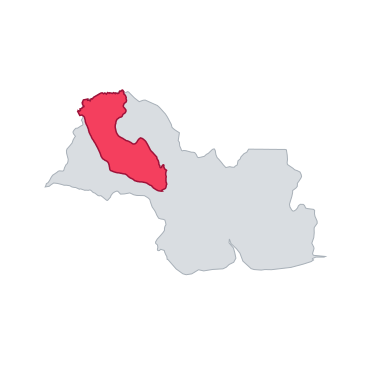 IX-2 Rewa(Illiwa)/U.E, Upper Takutu-Upper Essequibo, Guyana (highlighted), rotated 132°
{"feature_id": "73187651B68809145182680", "entity_name": "IX-2 Rewa(Illiwa)/U.E", "entity_type": "district", "adm_level": 2, "iso_a3": "GUY", "parent_name": "Guyana", "parent_adm1": "Upper Takutu-Upper Essequibo", "projection": "orthographic", "projection_center": [-58.667, 2.726], "detail": "fine", "context": "in_parent", "style": "filled", "palette": "rose", "viewbox_px": 384, "rotation_deg": 132, "n_neighbors": 0, "source": "geoboundaries", "source_scale": "gbopen_adm2", "svg_char_len": 9606}
<svg xmlns="http://www.w3.org/2000/svg" viewBox="0 0 384 384"><g transform="rotate(132 192 192)"><path d="M122.3,178.6L114.2,169.5L106.1,160.3L98.1,151.3L97.5,150.1L100.9,145.9L103.9,142.8L106.5,141.0L107.7,139.5L106.8,132.9L106.8,130.6L105.7,128.0L104.9,125.1L105.9,122.7L107.1,121.0L108.7,120.4L112.4,119.8L115.1,119.5L116.0,118.6L117.5,117.5L119.6,117.4L123.5,118.2L125.3,116.7L128.6,114.8L135.9,111.4L137.6,109.2L138.7,105.7L138.6,104.1L137.8,103.5L136.0,102.9L133.3,102.9L131.0,103.7L128.7,103.3L126.8,101.1L126.7,99.4L127.9,96.9L127.2,95.3L123.6,90.1L123.6,88.6L126.3,86.3L127.8,84.3L129.9,79.6L131.5,78.0L136.6,77.4L137.9,76.4L140.5,73.9L144.4,71.0L149.9,68.7L151.5,64.6L152.5,63.4L157.0,61.3L157.7,60.1L157.6,59.1L150.6,49.7L152.0,50.3L157.5,56.4L160.5,57.8L161.2,57.8L161.2,56.2L164.0,56.9L171.2,61.1L181.8,68.0L196.6,81.0L200.9,86.0L203.7,88.3L208.1,94.0L209.4,96.8L209.3,107.9L205.4,115.4L204.4,121.0L204.2,128.5L201.9,132.8L205.0,130.5L205.9,123.7L208.5,119.6L211.8,115.1L216.3,114.0L221.1,115.9L225.0,116.2L228.4,117.6L235.7,124.8L242.8,130.5L245.4,135.1L253.0,137.4L257.4,141.0L258.9,144.1L259.8,152.3L258.3,164.6L258.7,165.3L256.7,167.7L256.3,169.2L255.0,172.0L254.0,173.5L255.5,176.9L257.2,177.0L257.9,177.5L258.3,178.2L258.2,178.9L257.6,179.5L255.9,180.4L254.4,182.3L254.5,184.5L253.6,185.6L250.4,186.3L244.3,186.3L241.3,186.4L238.9,186.8L237.4,188.2L235.4,189.2L233.8,189.4L232.4,191.1L231.0,193.4L231.5,195.0L232.9,197.1L233.8,199.3L232.7,202.8L231.4,205.5L230.7,207.6L229.8,211.5L227.4,215.9L225.8,218.4L225.8,221.1L226.6,225.0L231.4,230.6L233.0,233.3L234.3,237.6L238.6,240.9L241.4,243.7L241.1,247.3L241.5,248.4L243.2,249.3L245.2,250.0L247.5,250.0L249.5,249.7L250.0,249.2L254.7,249.1L255.3,250.0L255.5,255.2L255.7,257.3L256.8,258.2L257.5,259.4L257.6,260.6L257.8,263.5L258.5,265.1L258.4,268.2L258.8,269.3L260.1,270.1L261.8,272.3L262.4,272.6L262.7,273.4L264.1,276.6L264.9,277.5L265.4,277.6L265.6,278.7L266.6,281.7L267.3,282.4L268.6,284.6L269.1,287.0L270.9,289.7L272.6,291.6L273.4,293.5L275.7,297.8L277.9,300.8L280.9,301.6L283.4,302.0L284.9,303.2L286.5,304.5L284.8,305.0L283.3,305.8L281.3,305.2L278.5,305.6L275.5,306.4L272.8,306.8L267.7,305.5L266.1,305.3L265.0,304.7L262.9,302.0L261.9,301.7L259.2,303.0L255.9,303.9L254.2,303.7L252.3,304.6L250.6,305.8L247.2,311.0L245.4,312.9L243.6,313.7L239.8,313.7L235.8,313.9L232.8,315.2L230.0,315.8L228.6,315.9L228.1,318.7L227.5,320.1L226.6,320.8L224.4,321.1L222.4,321.0L221.2,319.8L219.0,319.2L217.1,318.7L215.8,318.1L214.8,318.2L213.9,319.4L213.2,320.5L212.6,322.3L209.6,322.9L208.4,324.0L209.1,327.5L208.8,328.9L208.1,329.9L204.5,330.2L201.5,330.1L199.7,331.4L197.5,332.9L196.2,333.2L194.6,333.1L192.5,331.3L190.5,329.2L185.4,327.7L180.4,326.4L177.1,323.0L176.3,321.3L174.7,320.6L170.8,316.5L168.6,313.9L166.3,313.2L163.6,312.1L163.7,310.2L163.5,308.4L162.3,307.6L160.7,307.2L160.1,306.1L160.3,303.7L160.6,297.6L160.2,291.7L156.5,289.7L155.0,288.3L152.2,279.6L150.9,275.6L150.9,272.7L151.8,264.0L152.8,260.3L155.6,252.7L157.3,250.2L157.4,248.3L157.2,245.8L156.4,241.0L161.1,237.9L163.1,236.6L163.5,234.6L166.0,232.0L167.1,229.5L168.1,227.6L167.8,226.6L166.7,226.0L165.4,224.2L162.7,218.9L161.7,217.8L160.9,216.3L161.3,213.9L162.4,211.4L162.2,210.3L160.6,209.0L157.2,206.7L154.4,206.5L152.3,205.7L149.1,205.5L146.6,205.3L145.1,204.4L145.4,203.0L146.0,202.0L148.2,199.3L149.6,196.4L149.8,193.7L150.3,190.0L150.9,186.8L151.2,183.2L147.9,180.9L146.8,178.9L145.4,177.2L143.9,177.2L141.6,176.5L138.0,178.7L135.2,178.3L133.2,179.1L128.7,179.0L125.8,177.9L122.3,178.6Z" fill="#d9dde1" stroke="#a8b0b8" stroke-width="1"/><path d="M192.9,225.4L192.9,226.2L193.1,227.0L193.1,227.3L193.0,227.9L192.8,228.4L192.6,228.8L192.5,229.1L192.2,229.7L192.0,230.0L191.7,230.2L191.4,230.4L191.1,230.6L190.9,230.9L190.8,231.3L191.1,231.6L191.4,231.7L191.8,231.7L192.1,231.6L192.5,231.6L192.9,231.7L193.2,231.6L193.5,231.4L193.8,231.2L194.6,231.3L194.9,231.5L195.0,231.8L195.1,232.1L194.9,232.4L194.7,232.8L194.4,233.1L194.1,233.4L193.9,234.1L193.8,234.4L193.7,234.9L193.5,235.2L193.3,235.4L193.0,235.7L192.2,236.6L192.1,236.9L191.6,237.5L191.4,237.8L191.1,238.9L190.9,239.3L190.7,240.1L190.6,240.5L190.3,240.8L189.8,241.3L189.6,241.6L189.1,246.7L188.9,247.8L188.9,248.3L189.0,248.8L188.9,249.2L188.9,249.5L188.8,250.4L188.5,251.4L188.2,252.2L187.9,252.9L187.7,253.5L187.5,254.0L187.3,254.4L187.0,255.4L186.7,256.1L186.2,257.5L185.8,258.9L185.5,259.7L185.4,260.3L185.3,260.8L185.3,261.8L185.3,263.1L185.3,263.5L185.4,264.0L185.5,264.8L185.7,265.2L186.0,265.9L186.1,266.2L186.3,266.5L187.5,266.8L188.3,266.9L189.0,266.9L190.2,266.7L190.5,266.7L191.7,266.4L192.0,266.4L192.8,266.4L193.5,266.4L193.9,266.5L194.3,266.6L194.7,266.9L195.1,267.2L195.7,267.9L195.8,268.2L195.9,268.6L196.0,269.4L196.1,270.2L196.1,270.6L196.3,271.3L196.5,272.1L196.7,273.0L197.3,274.4L197.7,275.1L197.9,275.4L198.0,275.8L198.0,276.3L198.0,276.6L198.4,278.5L198.4,279.1L198.9,280.9L199.1,281.5L199.1,281.9L199.3,282.3L199.3,282.7L199.4,283.5L199.5,284.3L199.4,284.6L199.1,285.8L199.0,286.2L198.9,286.5L198.8,286.9L198.5,287.7L198.1,288.4L197.9,288.8L197.4,289.5L197.1,289.9L196.9,290.2L196.7,290.5L196.4,290.8L196.2,291.2L195.9,291.6L195.4,292.2L195.2,292.5L194.5,293.1L193.3,294.0L192.3,294.4L191.6,294.8L191.4,295.0L191.1,295.3L190.8,295.5L190.4,295.6L189.8,295.9L189.0,296.1L188.6,296.3L188.2,296.3L187.7,296.3L187.3,296.2L187.0,296.1L186.6,296.0L186.2,295.9L185.8,296.0L185.0,295.7L184.6,295.5L184.0,295.0L183.6,294.8L183.2,294.7L182.9,294.6L182.5,294.6L181.7,294.8L181.4,295.0L181.1,295.1L180.7,295.2L180.4,295.2L180.0,295.2L179.5,295.0L179.1,294.9L178.3,294.7L177.5,294.7L177.2,294.8L176.5,295.0L176.2,295.1L175.6,295.6L175.4,295.9L175.2,296.2L175.1,296.5L175.0,297.4L174.9,297.7L174.8,298.1L174.8,298.8L174.7,299.5L174.5,300.1L174.2,300.5L173.9,300.8L173.6,300.9L173.3,301.0L172.9,301.1L172.3,301.4L171.8,301.6L171.3,301.6L170.9,301.5L170.5,301.4L169.7,301.3L169.3,301.2L168.9,301.3L168.1,301.7L167.8,301.9L167.5,302.2L167.0,303.1L166.7,303.6L166.3,303.8L165.9,304.0L165.7,304.2L165.5,304.7L165.1,305.4L165.0,305.8L164.9,306.1L164.8,306.5L164.7,306.8L164.8,308.0L164.7,308.3L164.7,308.7L164.5,308.2L164.0,309.4L163.1,309.7L162.7,311.7L163.6,311.8L163.7,312.4L164.9,312.3L165.5,313.3L167.4,312.5L168.5,313.0L169.6,315.1L170.3,314.9L170.6,316.7L172.0,317.0L173.4,319.6L174.0,319.5L174.6,321.3L176.6,321.1L176.7,323.0L178.2,323.4L178.4,325.1L179.5,325.9L187.4,328.5L189.5,328.3L190.1,329.3L192.5,328.7L192.3,329.7L193.7,330.9L192.7,331.7L193.3,332.1L196.2,334.3L198.2,333.7L198.9,332.9L199.3,333.2L200.3,331.7L200.5,329.7L201.1,329.4L202.3,330.1L203.6,329.8L205.3,330.8L206.1,329.5L207.1,329.8L207.7,331.0L208.1,330.2L208.7,330.6L210.2,326.6L208.4,325.3L208.2,322.7L208.3,322.3L208.4,322.0L208.6,321.7L209.1,321.1L209.3,320.8L209.5,320.5L209.8,319.8L210.1,319.5L210.8,318.6L211.1,318.4L211.3,318.1L211.5,317.7L211.7,317.2L211.9,316.9L212.4,316.0L212.7,315.2L212.8,314.9L213.0,314.1L213.5,313.4L213.7,312.8L214.0,312.4L214.1,312.1L214.3,311.7L214.4,311.3L214.6,311.0L214.9,310.7L215.4,310.1L215.8,309.4L216.1,308.8L216.4,308.5L216.6,308.2L216.7,307.8L216.9,307.4L217.2,306.6L217.7,305.5L217.9,304.7L218.0,304.3L218.2,304.0L218.4,303.6L218.6,303.3L218.9,302.5L219.2,301.7L219.3,301.2L219.5,300.3L219.6,299.5L219.8,299.2L220.0,298.8L220.1,298.4L220.2,298.0L220.3,297.6L220.4,297.1L220.5,296.7L220.8,295.9L220.9,295.6L221.2,294.9L221.3,294.5L221.5,294.0L221.6,293.6L221.8,293.3L222.0,292.6L222.1,292.2L222.8,290.5L223.0,290.1L223.3,289.3L223.8,288.2L224.0,287.7L224.3,287.0L225.0,285.6L226.1,283.7L226.3,283.3L226.5,282.8L226.5,282.5L226.6,282.1L226.8,281.7L226.9,281.2L227.0,280.7L227.0,280.2L226.9,279.8L226.8,279.5L226.7,278.3L226.7,278.0L226.6,277.6L226.5,277.3L226.2,276.6L226.1,276.2L226.1,275.4L226.1,274.6L226.3,273.8L226.6,273.1L227.0,272.4L227.2,272.0L227.6,271.4L227.9,271.1L228.2,270.7L228.4,270.4L229.0,269.6L229.8,268.7L230.0,268.4L230.3,267.9L230.5,267.2L230.5,266.8L230.4,266.5L230.2,266.1L230.0,265.7L229.9,265.2L229.6,264.4L229.4,264.0L229.2,263.3L229.0,263.0L228.7,262.4L228.6,262.1L228.2,261.3L227.6,260.3L227.3,259.9L227.1,259.7L226.8,259.3L226.3,258.5L226.1,258.1L225.5,257.1L225.2,256.7L224.9,256.0L224.5,255.4L224.0,254.6L223.7,254.2L223.3,253.6L223.2,253.2L223.2,252.8L223.0,252.3L223.0,251.1L223.1,249.8L223.1,249.5L223.0,248.4L222.9,247.9L222.9,247.4L222.3,245.6L222.1,244.8L221.9,243.9L222.0,243.0L221.9,242.6L221.9,242.1L221.3,241.0L221.2,240.6L220.8,239.9L220.7,239.5L220.2,238.9L219.9,238.4L219.7,238.1L219.5,237.7L219.0,237.1L218.7,236.8L218.4,236.5L218.2,236.2L218.0,235.9L217.4,235.0L217.3,234.7L216.2,232.9L215.9,232.2L215.6,231.4L215.5,231.0L215.5,230.5L215.4,229.8L215.2,229.0L215.1,228.1L214.9,227.5L214.5,226.7L214.4,226.3L214.5,225.4L214.7,225.2L214.6,224.4L214.7,224.0L214.8,223.7L214.8,223.3L214.7,222.8L214.6,222.4L214.5,222.1L214.5,221.7L214.5,221.3L214.4,220.9L214.3,220.5L214.2,220.0L214.2,219.7L214.0,219.3L213.8,218.4L213.7,218.1L213.5,217.7L213.0,217.0L212.6,216.3L212.3,216.0L211.9,215.3L211.6,215.1L211.3,214.8L211.3,215.2L211.3,215.4L211.0,215.6L210.6,215.5L210.1,215.3L209.7,215.2L209.3,215.0L208.9,214.9L208.6,214.7L208.1,214.5L207.8,214.4L207.1,214.2L206.6,214.3L205.8,214.6L205.5,214.8L205.1,215.0L204.8,215.2L204.6,215.4L203.8,215.8L203.4,215.9L203.0,216.0L202.6,216.8L202.4,217.2L202.1,217.4L202.1,217.8L201.5,218.4L201.2,218.7L201.0,219.0L200.6,219.3L200.3,219.5L199.8,220.1L198.7,220.9L198.3,221.1L198.0,221.3L197.7,221.6L197.3,222.2L197.2,222.5L197.0,222.8L196.8,223.0L196.2,223.6L195.9,223.8L195.3,224.4L194.9,224.6L194.5,224.7L194.2,225.0L193.9,225.2L193.5,225.3L192.9,225.4Z" fill="#f43f5e" stroke="#9f1239" stroke-width="1.5"/></g></svg>